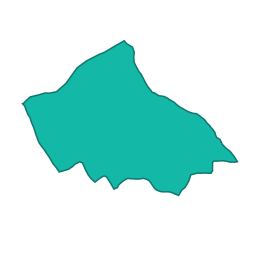 the district of Esan South-East, Edo, Nigeria, rotated 247°
{"feature_id": "59680162B32427656470349", "entity_name": "Esan South-East", "entity_type": "district", "adm_level": 2, "iso_a3": "NGA", "parent_name": "Nigeria", "parent_adm1": "Edo", "projection": "orthographic", "projection_center": [6.432, 6.577], "detail": "fine", "context": "isolated", "style": "filled", "palette": "teal", "viewbox_px": 256, "rotation_deg": 247, "n_neighbors": 0, "source": "geoboundaries", "source_scale": "gbopen_adm2", "svg_char_len": 2375}
<svg xmlns="http://www.w3.org/2000/svg" viewBox="0 0 256 256"><g transform="rotate(247 128 128)"><path d="M191.6,40.4L188.6,41.5L184.6,41.2L179.5,41.2L175.9,41.8L169.7,41.3L166.0,41.4L161.2,41.0L157.7,40.7L154.0,40.5L152.6,40.4L148.9,40.4L145.3,41.2L140.9,42.4L138.4,42.8L135.1,43.5L130.7,44.3L127.1,44.7L124.2,45.1L120.5,46.3L116.5,47.1L114.4,47.5L114.0,50.8L113.6,53.8L113.3,57.2L114.0,61.3L114.8,63.5L115.5,65.8L115.5,68.0L115.9,70.2L113.7,72.5L109.7,72.5L105.0,72.6L103.2,72.8L100.6,73.0L95.8,74.2L93.3,75.4L91.1,76.5L92.5,81.5L93.3,86.3L92.7,88.1L90.8,89.3L86.9,89.9L81.7,90.7L78.9,91.0L77.1,91.3L77.4,91.9L77.3,92.7L77.3,94.9L79.2,97.1L80.3,100.1L81.0,102.3L81.4,104.2L81.8,107.9L80.3,110.6L78.5,114.3L77.0,117.3L76.4,119.6L75.6,122.6L73.4,125.2L71.6,126.7L69.1,127.5L63.6,128.5L62.5,128.7L60.0,129.8L58.9,130.9L57.0,132.8L55.6,135.1L54.1,138.8L53.1,141.1L51.1,143.5L48.7,145.6L46.2,148.2L46.7,149.0L49.8,153.1L50.9,157.2L52.5,159.4L52.8,159.8L55.3,163.1L59.0,166.4L60.4,167.5L59.7,171.7L59.4,174.3L57.9,177.3L56.8,180.7L56.5,181.2L55.7,182.9L54.6,185.1L53.9,186.7L55.8,189.3L57.9,190.0L60.1,191.1L63.0,192.2L64.1,194.0L62.7,197.0L60.9,202.3L59.8,204.2L58.4,206.4L56.9,208.3L56.2,209.8L55.5,211.7L54.7,213.2L54.2,215.6L57.7,215.0L61.1,214.4L63.4,213.7L64.7,213.4L66.7,212.8L69.4,211.2L70.6,210.5L71.5,210.2L74.3,209.1L76.2,208.4L78.3,208.3L81.5,208.2L84.7,205.9L86.6,205.9L87.9,205.8L89.8,206.3L93.7,205.5L96.0,204.6L98.3,204.1L100.9,203.0L102.3,202.5L104.3,202.1L104.7,202.0L105.6,201.6L106.0,201.4L106.9,201.2L107.8,200.5L109.4,199.6L111.3,198.7L113.4,197.3L114.3,196.8L115.3,195.0L116.5,193.1L117.9,191.5L118.5,190.9L119.2,190.2L120.0,189.4L121.4,188.2L126.7,184.3L128.3,183.1L131.2,181.6L132.8,180.9L134.1,180.2L138.1,177.1L138.9,176.8L140.4,175.7L142.8,173.7L145.8,168.9L146.0,168.8L150.0,166.0L151.3,164.2L152.5,164.0L153.9,163.7L156.2,163.0L156.4,163.0L156.5,162.9L157.2,162.7L158.1,162.4L162.7,161.8L168.2,161.4L172.3,161.1L172.7,161.0L173.4,160.8L176.4,160.0L179.9,159.7L181.0,159.6L185.7,159.3L189.7,160.5L190.7,160.8L191.2,161.0L195.3,163.4L200.7,163.7L202.0,162.8L204.8,160.7L206.2,159.7L209.8,158.6L208.5,147.7L206.9,135.7L207.0,129.7L205.9,115.5L203.3,104.8L202.7,103.7L196.2,93.1L193.4,88.5L189.3,76.3L190.8,69.2L192.6,65.5L193.4,58.5L194.8,50.3L194.0,47.7L193.1,45.1L191.6,41.5L191.6,40.4Z" fill="#14b8a6" stroke="#0f766e" stroke-width="1.5"/></g></svg>